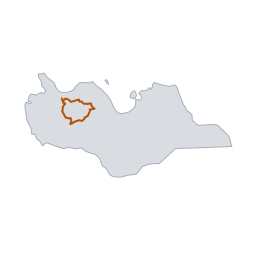 Kairouan on a map of Tunisia (Robinson projection), rotated 280°
{"feature_id": "TUN-118", "entity_name": "Kairouan", "entity_type": "Governorate", "adm_level": 1, "iso_a3": "TUN", "parent_name": "Tunisia", "parent_adm1": "", "projection": "robinson", "projection_center": [9.864, 35.574], "detail": "fine", "context": "in_parent", "style": "outline", "palette": "amber", "viewbox_px": 256, "rotation_deg": 280, "n_neighbors": 0, "source": "natural_earth", "source_scale": "10m", "svg_char_len": 3996}
<svg xmlns="http://www.w3.org/2000/svg" viewBox="0 0 256 256"><g transform="rotate(280 128 128)"><path d="M177.4,145.8L177.3,146.6L176.5,152.2L176.3,154.3L176.2,157.7L176.2,161.8L178.2,165.3L178.3,166.9L177.5,168.6L173.9,170.7L169.1,173.3L165.1,175.8L160.6,178.5L159.2,180.3L157.0,181.6L155.2,183.0L154.8,184.3L153.5,186.8L151.8,188.8L147.6,189.7L146.8,190.3L144.8,193.2L143.9,194.4L142.8,196.8L144.3,203.2L146.1,209.7L146.4,212.4L146.4,214.6L145.4,217.1L143.1,220.5L141.5,223.1L138.3,227.7L137.3,228.8L135.1,230.2L130.8,231.9L127.8,233.5L126.3,226.5L125.0,220.5L124.0,215.6L122.1,206.9L120.5,199.5L118.9,192.2L117.5,185.5L116.0,178.8L115.4,177.8L111.0,174.6L107.0,171.7L102.8,168.4L98.3,164.8L97.6,160.2L95.3,153.4L92.9,149.6L92.0,148.6L87.1,146.1L84.2,144.3L83.4,143.2L82.9,140.4L80.9,134.9L78.6,129.9L77.8,126.5L77.7,122.2L78.2,119.1L79.2,117.8L84.1,113.9L86.3,109.3L89.1,107.6L91.5,106.3L93.4,104.7L95.1,102.3L96.5,99.7L96.7,96.9L97.3,92.4L98.2,89.3L100.2,85.8L99.4,82.9L98.3,79.9L98.7,74.5L98.4,72.4L97.5,70.5L96.7,68.0L96.7,66.0L97.5,60.7L98.2,56.6L99.3,51.3L98.9,49.8L98.2,48.7L95.9,47.5L95.8,46.8L96.4,46.0L99.8,43.4L101.7,39.7L103.2,38.9L105.6,37.5L105.5,36.0L105.0,34.4L111.0,32.6L116.8,28.0L118.8,26.8L132.2,22.5L134.0,22.8L135.9,23.4L135.3,25.0L134.6,26.3L135.7,28.6L137.3,27.2L136.9,26.3L136.8,25.0L139.6,24.9L142.0,25.1L144.7,26.5L144.5,31.6L148.1,36.6L147.1,39.0L150.0,40.5L152.6,38.7L153.9,36.1L158.7,34.6L163.2,30.8L165.7,30.4L166.3,33.6L167.5,36.3L165.8,37.3L163.6,40.2L159.5,47.6L155.7,49.8L152.8,52.6L151.9,54.6L151.6,57.0L152.3,61.2L154.4,65.5L156.9,68.1L159.2,68.9L164.7,73.0L164.6,75.5L165.4,78.4L165.7,81.9L167.6,84.7L163.5,90.8L161.3,95.2L157.0,101.3L153.2,105.3L144.9,111.2L142.8,113.2L141.5,115.2L140.9,117.3L141.1,119.8L143.9,126.0L147.5,129.6L151.2,131.5L157.6,130.7L157.4,133.1L157.9,135.9L160.5,135.8L162.3,135.4L163.7,132.6L166.9,134.5L168.5,140.2L171.2,142.0L171.5,142.7L170.6,143.1L169.9,143.8L170.7,144.3L173.2,145.0L174.8,144.5L177.4,145.8ZM163.7,129.8L163.1,129.9L161.9,130.7L161.2,130.8L159.4,129.9L158.7,129.9L157.9,129.3L158.1,125.8L158.4,124.8L162.8,124.7L165.2,126.7L165.6,127.3L165.7,127.9L164.6,129.0L163.7,129.8ZM171.5,99.1L167.7,101.2L168.5,99.4L171.0,97.1L171.6,97.7L171.5,99.1Z" fill="#d9dde1" stroke="#a8b0b8" stroke-width="1"/><path d="M145.0,58.2L144.2,59.7L144.2,60.1L145.5,60.8L145.7,61.0L145.8,61.2L146.0,61.6L146.1,61.8L146.1,62.0L145.9,63.4L145.6,64.4L145.5,64.9L145.4,65.0L145.1,65.4L144.0,66.8L143.9,67.1L143.8,67.3L143.9,67.5L146.7,73.1L146.9,73.4L147.1,73.8L147.4,74.7L146.3,75.1L145.9,75.4L145.7,75.6L145.6,75.8L145.6,76.0L146.0,77.0L146.0,77.4L145.9,77.7L145.4,78.3L145.1,78.7L144.3,80.6L144.2,80.9L144.2,81.2L144.2,81.3L144.3,81.5L144.5,81.9L144.6,82.1L144.6,82.3L144.7,82.8L144.7,83.1L144.6,83.9L144.6,84.2L144.7,84.3L144.7,84.5L144.8,84.8L145.4,85.6L145.5,85.8L145.6,86.3L145.5,87.5L144.9,87.5L144.6,87.6L144.1,88.0L143.1,88.8L141.8,90.3L141.4,91.0L141.2,91.4L140.7,90.7L139.7,87.5L139.6,87.2L139.4,87.1L138.2,87.6L137.9,87.6L135.6,86.9L133.8,86.5L133.1,86.3L132.9,86.1L132.7,86.0L132.4,85.8L132.4,85.6L132.1,85.1L130.5,83.4L130.3,83.4L130.2,83.4L129.8,83.4L129.6,83.4L129.1,83.3L129.0,83.2L127.1,81.5L127.0,81.3L126.9,81.2L126.9,80.9L127.0,80.0L127.1,79.7L127.3,78.8L127.3,78.7L127.1,78.2L126.4,77.3L126.4,77.1L125.4,75.1L122.1,71.2L121.9,70.8L122.0,70.7L122.3,70.4L122.5,70.4L124.4,71.0L124.7,71.0L125.0,71.0L125.5,70.9L126.5,70.3L127.0,70.1L127.6,69.9L127.8,69.8L127.8,69.5L127.8,69.4L127.7,69.2L127.3,68.8L127.2,68.6L127.1,68.4L127.1,68.1L127.1,67.9L127.5,67.0L127.5,66.9L127.5,66.6L127.5,66.4L127.5,66.1L127.3,65.4L127.3,65.2L127.5,64.9L127.8,64.5L133.2,60.2L133.7,60.4L133.9,60.4L134.4,60.5L136.6,60.2L137.5,60.1L138.3,60.6L138.5,60.7L139.5,60.9L139.8,61.1L140.0,61.2L140.7,61.8L140.8,61.9L141.1,61.8L141.3,61.5L141.4,61.3L141.4,61.1L141.6,60.1L141.6,59.8L141.7,59.7L141.8,59.7L141.9,59.8L142.0,60.0L142.4,59.9L142.7,59.6L142.9,59.4L143.1,59.0L143.5,58.7L145.0,58.2Z" fill="none" stroke="#b45309" stroke-width="2"/></g></svg>